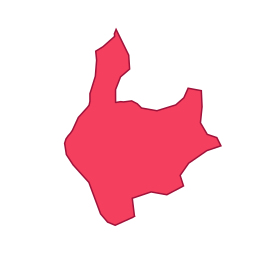 map outline of Camenca (Mercator projection), rotated 227°
{"feature_id": "MDA-1652", "entity_name": "Camenca", "entity_type": "District", "adm_level": 1, "iso_a3": "MDA", "parent_name": "Moldova", "parent_adm1": "", "projection": "mercator", "projection_center": [28.71, 47.999], "detail": "fine", "context": "isolated", "style": "filled", "palette": "rose", "viewbox_px": 256, "rotation_deg": 227, "n_neighbors": 0, "source": "natural_earth", "source_scale": "10m", "svg_char_len": 819}
<svg xmlns="http://www.w3.org/2000/svg" viewBox="0 0 256 256"><g transform="rotate(227 128 128)"><path d="M73.1,48.9L83.9,49.4L114.9,62.3L138.4,62.7L150.6,64.8L160.0,71.2L162.3,75.2L163.1,78.9L163.4,82.3L164.2,85.8L169.6,98.9L170.7,112.1L171.2,115.1L173.5,118.4L179.1,123.6L181.2,127.4L188.1,139.4L199.0,151.3L206.2,156.8L204.5,165.1L204.1,180.7L206.2,182.3L208.2,186.5L180.8,178.2L174.1,172.7L170.0,169.4L170.5,157.4L164.6,145.1L155.2,136.4L155.0,136.5L152.2,140.7L150.2,142.4L145.3,149.2L139.4,151.3L133.4,151.5L120.9,160.9L112.3,178.7L112.0,189.5L116.1,199.1L105.3,207.1L93.0,196.6L82.4,184.5L69.3,181.6L60.4,186.4L51.6,183.8L57.7,170.2L60.9,148.4L57.8,133.8L47.8,129.1L52.7,110.9L65.5,101.3L73.7,83.2L59.3,72.7L59.0,72.7L59.4,70.7L65.6,52.3L73.1,48.9Z" fill="#f43f5e" stroke="#9f1239" stroke-width="1.5"/></g></svg>